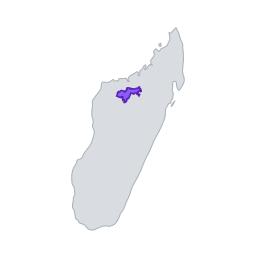 location of Ambato Boeni, Boeny, Madagascar, rotated 9°
{"feature_id": "10022922B29824664852903", "entity_name": "Ambato Boeni", "entity_type": "district", "adm_level": 2, "iso_a3": "MDG", "parent_name": "Madagascar", "parent_adm1": "Boeny", "projection": "natural_earth1", "projection_center": [46.383, -16.718], "detail": "fine", "context": "in_parent", "style": "filled", "palette": "violet", "viewbox_px": 256, "rotation_deg": 9, "n_neighbors": 0, "source": "geoboundaries", "source_scale": "gbopen_adm2", "svg_char_len": 7100}
<svg xmlns="http://www.w3.org/2000/svg" viewBox="0 0 256 256"><g transform="rotate(9 128 128)"><path d="M163.7,27.1L164.3,28.8L165.1,30.4L167.3,34.2L168.3,35.7L169.1,37.2L169.5,40.3L170.9,45.2L172.2,52.5L172.6,59.9L173.0,63.4L174.0,66.6L175.7,69.9L176.2,73.6L175.2,77.5L173.6,81.1L173.2,81.8L172.5,82.7L172.2,82.7L171.0,81.7L170.0,80.2L168.8,76.6L168.3,74.8L167.8,74.5L166.3,74.7L165.2,75.8L165.1,76.5L165.3,78.5L165.7,80.4L165.8,82.2L165.9,84.5L166.3,85.2L166.8,85.8L167.4,87.4L167.5,91.0L167.1,92.8L166.1,94.4L166.2,95.3L166.5,96.2L166.2,96.7L164.8,97.4L164.2,98.0L163.5,99.6L162.3,102.9L162.1,104.5L162.8,109.6L162.6,113.3L161.0,120.2L160.1,123.4L158.9,127.3L156.9,132.5L155.0,139.0L153.4,145.7L152.2,149.7L150.8,153.6L148.9,160.6L147.3,167.7L145.0,175.5L141.8,184.2L141.4,185.3L140.7,189.8L140.0,193.6L139.1,197.5L137.3,203.8L137.1,205.7L136.7,207.6L135.0,211.6L134.3,213.0L133.7,214.6L133.5,216.6L132.9,218.5L131.7,222.0L129.8,225.1L128.5,226.2L125.8,227.8L124.4,228.1L121.3,228.1L118.2,229.0L115.1,230.8L112.1,232.8L111.0,233.7L109.7,234.3L105.7,234.4L104.5,234.0L100.5,230.7L99.0,230.1L96.1,229.7L95.2,229.4L94.4,229.0L93.2,227.2L90.8,225.8L90.3,225.3L89.9,224.3L89.7,223.2L89.0,222.0L88.6,219.7L87.8,218.1L85.6,215.2L85.4,214.3L85.2,211.3L85.3,209.2L85.0,205.5L85.3,203.7L86.0,202.1L85.7,200.4L84.9,198.6L84.6,196.7L84.0,195.0L81.7,192.0L81.1,190.5L80.8,188.9L79.9,184.0L79.8,182.3L79.9,178.8L80.2,176.9L80.7,175.6L80.8,174.7L81.2,173.8L81.7,173.2L82.1,172.4L82.9,167.8L84.0,166.8L85.6,166.2L86.9,165.0L87.6,163.4L88.3,160.1L90.3,156.8L91.1,155.0L92.7,152.4L94.1,148.7L94.5,147.0L94.8,145.2L95.2,141.3L95.5,139.3L95.4,137.4L94.6,135.4L92.6,131.8L92.5,131.1L92.7,128.5L92.5,126.5L91.8,124.6L90.8,122.8L89.9,119.4L89.4,113.8L89.5,111.8L89.2,110.0L88.6,108.3L89.0,105.3L94.9,94.4L95.1,93.1L94.9,89.8L95.0,87.9L95.2,87.2L95.6,86.7L96.6,86.5L101.4,86.1L102.1,85.7L103.2,84.8L104.9,83.1L105.6,82.5L106.3,82.7L106.7,83.5L107.2,83.9L109.2,83.1L109.9,83.1L110.7,83.2L111.0,82.5L111.2,81.5L111.5,80.8L112.0,80.4L114.5,80.2L116.1,79.9L118.2,79.2L118.6,79.3L120.3,81.8L120.8,82.0L121.4,82.1L122.0,81.7L120.6,80.4L120.4,79.6L120.5,78.8L121.2,77.0L122.4,75.7L125.1,73.6L127.9,71.2L128.7,71.0L129.4,71.4L129.9,74.2L129.9,74.7L130.3,74.8L130.8,74.4L131.3,73.3L131.3,72.3L130.9,71.4L130.7,70.6L130.7,69.9L132.1,68.3L133.3,66.7L133.8,64.8L134.2,63.9L135.4,62.9L135.7,63.1L136.0,63.9L136.2,64.7L135.9,65.6L135.4,66.4L135.3,67.5L135.9,67.7L136.5,67.4L137.5,65.4L138.5,63.5L139.1,62.5L139.9,61.8L141.2,62.0L142.5,62.4L140.4,60.4L139.9,57.6L142.3,52.9L142.4,51.9L142.7,51.6L142.9,51.2L141.6,49.6L141.4,48.8L141.6,47.6L142.2,46.5L142.7,45.8L143.5,45.5L144.1,45.9L145.5,47.2L146.4,47.4L147.5,46.1L148.4,44.5L149.8,43.5L151.3,42.8L153.7,40.3L155.2,35.1L155.4,33.5L155.0,31.7L154.5,29.9L153.6,27.8L153.8,27.3L155.1,27.6L155.6,27.3L157.0,25.3L159.3,21.6L160.0,21.6L160.7,22.3L160.9,23.3L161.4,24.1L162.9,25.8L163.7,27.1ZM147.6,41.8L147.6,42.4L145.8,42.1L145.5,40.2L146.4,40.1L146.6,39.3L147.1,39.2L147.7,41.0L147.6,41.8ZM168.8,97.6L167.3,100.4L167.7,98.0L169.5,94.6L170.0,94.3L168.8,97.6Z" fill="#d9dde1" stroke="#a8b0b8" stroke-width="1"/><path d="M111.8,98.3L112.1,98.3L112.3,98.3L112.5,98.4L113.0,98.4L113.2,98.5L113.4,98.5L113.5,98.6L113.8,98.7L114.1,98.8L114.3,99.0L114.5,99.0L115.1,98.9L115.1,99.0L115.4,99.1L115.5,99.0L115.9,98.8L116.1,98.9L116.1,99.0L116.3,99.0L116.4,98.7L116.6,98.4L116.7,98.1L116.8,98.1L116.9,98.3L117.0,98.3L117.0,98.1L116.9,98.0L117.0,97.9L117.3,97.8L117.5,97.8L117.4,97.9L117.4,98.0L117.5,98.1L117.7,98.4L117.6,98.5L117.8,98.8L117.7,98.9L117.9,99.1L117.7,99.2L117.7,99.3L117.8,99.4L117.8,99.5L117.9,99.9L118.1,100.0L118.3,100.4L118.3,100.5L118.3,100.9L118.3,101.0L118.4,101.4L118.5,101.5L118.6,101.3L118.9,100.7L119.2,100.7L119.4,100.6L119.6,100.6L119.8,100.8L119.7,101.0L119.8,101.2L119.8,101.5L120.0,101.7L120.0,102.0L120.2,102.3L120.1,102.7L120.1,102.9L120.1,103.1L120.0,103.3L120.2,103.5L120.6,103.3L120.9,103.3L121.0,103.3L121.3,103.0L121.5,102.9L121.7,102.7L121.9,102.4L121.9,102.2L122.1,102.0L122.1,101.9L122.2,101.6L122.3,101.5L122.1,101.3L122.2,101.2L122.3,101.2L122.5,101.0L122.5,100.9L122.3,100.8L122.2,100.2L122.3,100.0L122.2,99.9L122.3,99.7L122.3,99.3L122.6,99.2L122.7,98.9L122.9,99.0L123.0,98.8L123.3,98.8L123.4,99.1L123.5,99.1L123.7,98.9L123.8,98.8L124.1,98.5L124.1,98.0L124.1,97.9L124.4,97.5L124.5,97.0L124.5,96.8L124.4,96.6L124.5,96.3L124.9,96.0L124.9,95.9L124.9,95.5L124.8,95.4L124.9,95.2L124.9,94.9L125.0,94.8L125.1,94.5L125.1,94.3L125.2,94.1L125.1,93.6L125.1,93.3L125.2,93.1L125.3,92.9L125.7,93.1L126.1,93.2L126.3,93.1L126.6,93.0L126.8,93.1L127.0,93.2L127.2,93.3L127.4,93.5L127.5,93.5L128.1,93.6L128.3,93.2L128.5,93.3L128.5,93.1L128.6,92.9L128.7,92.7L128.8,92.7L128.8,92.9L129.0,92.8L129.5,92.2L129.9,92.1L130.0,92.2L130.4,92.3L130.5,92.3L130.8,92.2L130.9,92.3L131.0,92.5L131.3,92.6L131.4,92.9L131.5,92.8L131.8,93.0L132.0,93.1L132.2,92.9L132.3,93.0L132.5,93.1L132.7,93.4L132.7,93.5L132.8,93.6L133.0,93.6L133.4,93.7L133.4,93.8L133.4,94.0L133.5,94.2L133.4,94.3L133.6,94.5L133.6,94.2L133.8,94.2L133.9,93.7L134.1,93.6L134.0,93.4L134.1,93.2L133.9,93.2L133.8,92.8L133.6,92.7L133.5,93.0L133.5,92.8L133.3,92.7L133.2,92.6L132.5,92.2L132.4,92.3L132.4,92.2L132.3,91.8L132.1,91.7L131.9,91.6L131.7,91.2L131.8,91.1L131.7,91.0L131.8,90.9L132.1,90.6L132.4,90.7L132.6,90.7L132.6,90.3L132.7,90.0L133.2,89.6L133.3,89.5L133.5,89.6L133.5,89.4L133.4,89.4L133.5,89.1L133.5,88.8L133.6,88.7L133.8,88.6L134.0,88.7L134.7,89.6L134.8,89.7L134.8,89.8L135.0,89.9L135.0,90.0L135.2,89.9L135.3,89.5L135.3,89.0L135.3,88.9L135.0,88.7L134.8,88.4L134.7,88.4L134.5,88.5L134.4,88.3L134.1,88.3L133.9,88.1L134.0,87.9L134.2,87.7L134.2,87.3L133.7,87.2L133.3,87.3L133.2,87.1L133.1,86.8L133.1,86.5L133.1,86.2L133.1,85.8L132.4,85.8L132.2,85.8L132.1,86.2L132.0,86.7L131.9,86.8L131.8,87.0L131.7,87.1L131.2,87.2L131.1,87.5L130.9,87.5L130.8,87.4L130.5,87.6L130.3,87.4L130.2,87.4L130.2,87.5L129.8,87.7L129.7,87.7L129.5,87.9L129.0,88.2L128.5,88.6L128.1,88.5L127.9,88.5L127.9,88.4L127.7,88.3L127.4,88.5L127.1,88.7L126.9,88.5L126.5,88.6L126.3,88.7L126.1,88.7L125.9,88.9L125.8,88.7L125.6,88.8L125.3,88.8L125.3,88.7L125.2,88.6L124.8,88.4L124.6,88.5L124.4,88.6L124.3,88.3L124.2,88.3L124.1,88.5L123.9,88.6L123.8,88.9L123.4,88.3L122.9,88.3L121.7,88.2L121.2,88.4L121.0,88.6L120.5,88.9L120.5,89.0L120.8,89.3L121.3,89.9L121.7,89.9L121.2,90.1L120.5,90.4L120.4,90.6L120.3,90.9L120.3,91.5L120.2,91.7L120.2,91.9L120.3,92.0L120.2,92.1L119.9,91.9L119.7,92.0L119.4,92.6L119.2,92.8L119.2,92.7L119.2,92.3L119.2,92.1L119.3,91.9L119.2,92.0L118.7,92.1L118.5,92.3L118.0,92.3L117.9,92.2L117.6,92.0L117.4,92.0L117.1,92.1L116.8,92.2L116.6,92.1L116.4,92.1L115.9,92.0L115.6,91.9L115.3,92.1L115.1,92.2L115.1,92.3L114.9,92.5L114.7,92.6L114.5,92.9L114.4,93.2L114.1,93.4L114.0,93.6L113.9,93.8L113.6,93.8L113.4,93.6L113.0,93.4L112.8,93.7L112.6,93.8L112.5,94.1L112.4,94.3L112.3,94.6L112.2,94.7L112.2,94.9L112.2,95.0L112.3,95.1L112.3,95.4L112.4,95.5L112.2,95.6L112.3,95.7L112.2,95.8L112.2,96.2L112.2,96.5L112.1,97.0L111.9,97.3L111.9,97.5L111.9,97.8L112.0,97.9L112.0,98.0L111.8,98.1L111.8,98.3Z" fill="#8b5cf6" stroke="#5b21b6" stroke-width="1.5"/></g></svg>